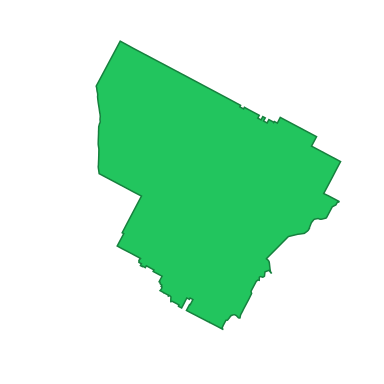 outline of Serpentine-Jarrahdale, Western Australia, Australia, rotated 208°
{"feature_id": "25037944B73163589668910", "entity_name": "Serpentine-Jarrahdale", "entity_type": "district", "adm_level": 2, "iso_a3": "AUS", "parent_name": "Australia", "parent_adm1": "Western Australia", "projection": "orthographic", "projection_center": [115.997, -32.325], "detail": "fine", "context": "isolated", "style": "filled", "palette": "green", "viewbox_px": 384, "rotation_deg": 208, "n_neighbors": 0, "source": "geoboundaries", "source_scale": "gbopen_adm2", "svg_char_len": 4834}
<svg xmlns="http://www.w3.org/2000/svg" viewBox="0 0 384 384"><g transform="rotate(208 192 192)"><path d="M100.4,85.2L100.4,85.3L101.7,86.5L101.7,88.1L101.8,88.7L101.8,89.2L101.8,93.3L101.8,94.7L100.5,95.5L99.8,99.1L99.8,99.3L99.9,99.5L99.5,100.6L99.5,100.8L99.6,101.1L99.5,101.4L99.4,101.5L99.1,101.6L98.8,101.9L98.2,102.7L96.9,103.6L95.7,103.7L94.8,103.7L93.9,103.4L92.2,102.8L91.5,102.8L91.4,102.8L91.1,102.9L91.0,103.0L90.5,103.4L90.9,104.5L91.4,106.4L91.4,107.1L91.4,111.2L91.5,111.9L91.5,113.3L91.5,113.9L91.5,116.5L91.5,119.8L91.5,120.5L91.5,121.2L91.5,121.5L91.5,121.9L91.5,122.6L91.5,123.3L91.5,124.5L91.6,126.9L91.7,130.0L91.7,130.3L91.8,130.4L91.8,130.5L93.0,131.7L93.1,131.8L93.2,132.1L93.3,132.9L93.3,133.0L93.3,137.3L93.3,140.8L93.3,143.3L93.3,143.5L93.2,143.6L92.4,145.3L91.2,145.6L91.6,146.5L92.4,148.0L92.5,148.2L92.5,148.3L92.5,148.5L92.4,148.6L92.4,148.8L91.9,149.4L91.8,149.5L91.7,149.5L89.8,149.9L89.7,149.9L89.5,150.0L89.4,150.1L88.6,151.4L88.6,151.5L88.5,151.8L88.6,152.0L90.0,155.5L90.0,155.8L88.8,157.2L87.3,158.9L87.1,158.8L86.2,158.5L85.5,158.2L84.1,157.6L84.0,157.8L84.8,158.2L85.6,158.9L86.8,160.4L90.2,165.4L90.9,166.3L91.3,166.6L91.4,166.8L91.7,167.0L92.7,167.5L94.4,167.9L94.5,167.8L94.9,167.9L94.9,168.0L95.0,168.1L91.3,180.2L88.7,188.9L86.2,197.2L85.9,197.9L85.9,198.0L85.6,198.3L85.1,198.7L78.7,204.4L76.8,205.7L73.4,208.2L71.8,211.5L71.4,212.8L71.3,214.0L71.3,215.0L71.5,215.0L72.2,220.9L71.5,224.8L71.0,225.5L70.1,226.3L68.2,227.8L66.1,228.1L64.7,228.9L63.4,230.1L61.7,231.6L61.2,232.3L61.2,238.2L61.2,244.7L60.1,246.4L58.9,248.1L58.8,251.2L58.7,251.2L57.7,252.0L57.8,252.7L70.6,252.7L70.9,252.6L71.3,252.6L75.0,252.5L75.0,253.9L75.0,267.3L75.0,270.5L75.0,270.9L75.1,280.4L75.1,280.9L75.1,283.0L75.1,288.6L86.8,288.6L99.9,288.6L108.0,288.6L108.0,299.3L121.4,299.3L134.8,299.3L140.3,299.3L142.2,299.3L146.3,299.3L149.1,299.3L149.0,292.9L150.7,292.9L152.4,292.9L152.5,291.9L152.6,292.0L158.1,292.0L158.1,288.2L162.2,288.3L162.1,291.8L164.9,291.8L164.9,288.1L168.6,288.1L168.6,291.3L177.0,291.3L178.7,291.3L180.4,291.3L180.5,291.3L185.5,291.4L185.5,289.6L189.8,289.6L189.8,291.3L204.7,291.4L217.1,291.4L233.0,291.4L257.8,291.4L259.0,291.4L311.1,291.3L326.2,291.5L326.2,283.9L326.3,240.6L326.0,240.1L325.8,240.0L325.6,239.8L325.4,239.6L325.3,239.4L325.1,239.3L325.0,239.1L323.2,236.5L323.0,236.3L321.7,234.8L321.5,234.5L321.4,234.3L321.2,234.0L321.1,233.9L321.0,233.7L320.9,233.6L320.8,233.4L320.2,232.0L320.1,231.7L319.9,231.5L319.8,231.3L319.5,230.8L317.9,228.5L317.0,227.2L315.2,224.8L313.3,222.3L312.0,220.5L311.1,219.3L310.5,218.4L310.1,218.1L308.9,216.3L308.7,216.1L308.6,215.8L308.4,215.6L308.0,214.5L307.2,212.7L306.3,211.4L306.2,211.3L306.1,211.0L306.0,210.8L305.9,210.7L305.8,210.3L305.7,208.7L305.2,206.8L305.2,206.6L305.2,206.4L305.1,206.1L305.0,205.8L304.9,205.6L303.5,202.8L303.0,201.7L301.9,199.6L299.1,193.8L297.8,191.2L297.1,189.9L296.1,188.5L294.8,186.8L294.6,186.5L294.5,186.3L294.4,186.1L294.2,185.9L293.6,184.7L292.8,183.1L292.5,182.6L292.4,182.3L292.2,181.9L292.1,181.7L291.9,181.5L291.8,181.1L291.5,180.6L291.2,179.9L290.9,179.3L289.8,177.1L289.2,175.8L288.0,173.3L287.3,171.9L286.9,170.8L286.8,170.6L286.7,170.4L286.6,170.2L286.4,169.9L286.2,169.6L286.1,169.4L283.8,166.3L283.3,165.6L282.7,164.8L282.6,164.6L243.1,164.6L234.7,164.7L234.7,162.9L234.6,132.6L234.5,123.2L232.7,123.2L232.7,109.2L227.4,109.1L220.5,109.2L219.4,109.2L211.9,109.2L206.7,109.2L206.2,109.2L206.2,108.6L206.7,108.0L206.7,107.0L206.6,106.2L206.0,105.9L206.0,105.3L205.8,104.9L203.0,104.9L203.0,102.8L200.8,102.8L200.8,103.3L197.7,103.3L197.7,105.4L195.7,105.4L189.0,105.3L189.0,103.6L184.6,103.6L178.9,103.6L178.9,99.2L178.9,97.3L178.7,97.3L178.3,97.3L178.0,97.4L177.9,97.4L177.7,97.2L177.5,96.9L177.4,96.5L177.2,96.3L177.1,96.2L176.9,96.1L176.7,95.9L176.1,95.8L175.9,95.8L175.6,95.9L175.3,95.9L175.2,95.8L175.0,95.5L174.9,95.3L174.9,94.1L173.9,94.1L173.6,92.9L173.6,92.7L173.5,92.4L173.5,92.2L173.5,91.9L173.5,91.7L173.6,91.4L173.7,90.8L173.9,89.9L171.1,89.9L170.7,89.9L170.3,89.8L170.1,89.8L169.8,89.8L169.7,89.7L169.4,89.6L169.2,89.8L167.6,89.8L165.6,89.8L165.3,89.8L165.2,89.8L164.9,90.0L164.8,89.9L164.7,89.8L164.5,89.6L164.3,89.4L164.2,89.1L164.0,88.9L163.5,89.5L163.1,90.1L161.2,89.4L160.9,88.5L159.4,85.4L159.2,85.2L158.2,86.1L157.9,86.2L157.3,86.2L156.4,86.2L155.3,86.2L154.7,86.2L154.2,86.2L151.7,86.2L150.4,86.2L150.4,85.6L150.5,85.0L150.4,84.9L150.3,84.7L150.2,84.7L146.7,84.7L146.7,84.8L146.7,87.9L146.7,89.7L146.8,93.1L146.8,93.5L146.8,96.0L146.7,96.0L143.9,96.0L143.9,97.5L140.7,97.5L140.7,96.0L140.7,94.5L140.7,91.5L141.3,91.5L141.3,86.4L141.3,86.2L141.3,84.8L140.3,84.8L136.6,84.8L130.3,84.9L127.4,84.9L121.4,85.0L116.6,85.0L116.4,85.1L116.2,85.1L115.6,85.4L115.5,85.2L115.3,85.0L115.2,85.1L107.1,85.2L104.0,85.2L100.4,85.2Z" fill="#22c55e" stroke="#15803d" stroke-width="1.5"/></g></svg>